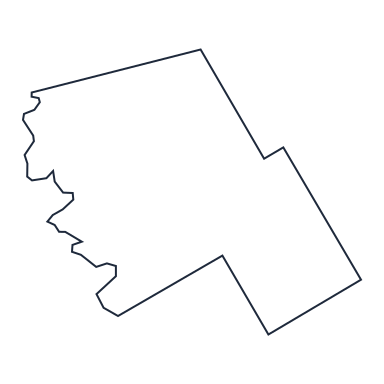 Hill, Texas, United States of America
{"feature_id": "52423323B5018647072048", "entity_name": "Hill", "entity_type": "district", "adm_level": 2, "iso_a3": "USA", "parent_name": "United States of America", "parent_adm1": "Texas", "projection": "orthographic", "projection_center": [-97.333, 31.987], "detail": "fine", "context": "isolated", "style": "outline", "palette": "slate", "viewbox_px": 384, "rotation_deg": 0, "n_neighbors": 0, "source": "geoboundaries", "source_scale": "gbopen_adm2", "svg_char_len": 608}
<svg xmlns="http://www.w3.org/2000/svg" viewBox="0 0 384 384"><path d="M268.4,334.5L361.0,279.7L283.3,147.4L264.1,158.7L200.6,49.5L31.7,92.5L31.6,96.7L38.7,98.1L39.8,102.2L34.4,109.8L24.0,113.9L23.0,119.9L33.2,135.6L33.9,141.2L24.6,155.0L27.4,163.6L27.2,176.6L32.0,180.4L46.4,178.2L53.1,171.0L54.7,181.6L63.1,192.6L72.7,193.0L73.3,199.6L62.7,209.4L52.8,215.0L47.4,221.6L54.7,225.0L59.1,231.8L65.3,231.9L81.8,241.7L72.5,244.9L72.0,251.8L80.9,254.8L96.2,266.9L106.9,263.4L115.9,266.0L115.9,276.2L96.5,294.1L103.6,307.8L118.0,316.0L222.4,255.6L268.4,334.5Z" fill="none" stroke="#1e293b" stroke-width="2"/></svg>